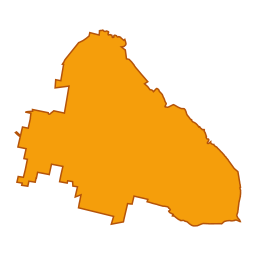 Ardud, Satu Mare, Romania
{"feature_id": "2599482B58089407628141", "entity_name": "Ardud", "entity_type": "district", "adm_level": 2, "iso_a3": "ROU", "parent_name": "Romania", "parent_adm1": "Satu Mare", "projection": "natural_earth1", "projection_center": [22.905, 47.656], "detail": "fine", "context": "isolated", "style": "filled", "palette": "amber", "viewbox_px": 256, "rotation_deg": 0, "n_neighbors": 0, "source": "geoboundaries", "source_scale": "gbopen_adm2", "svg_char_len": 5791}
<svg xmlns="http://www.w3.org/2000/svg" viewBox="0 0 256 256"><path d="M179.9,219.9L180.3,220.5L180.7,220.5L181.2,220.5L181.9,220.6L182.4,220.4L182.7,220.4L183.5,220.4L184.1,220.6L184.6,221.0L185.0,221.2L187.0,221.7L188.5,222.9L189.2,223.6L191.4,225.1L192.0,225.4L192.8,225.7L193.8,225.9L196.2,225.8L197.4,225.7L197.9,225.5L202.0,223.8L203.2,223.5L208.4,223.7L209.1,223.8L219.3,223.7L220.3,223.7L221.4,223.7L221.7,223.8L223.6,222.1L224.2,221.7L224.6,221.4L225.1,221.2L225.7,221.2L226.0,221.1L226.3,220.9L227.2,220.8L228.0,220.7L228.3,220.7L228.9,220.6L230.1,220.6L230.3,220.7L230.7,220.7L231.1,220.9L231.6,220.8L232.4,220.8L233.0,220.8L233.7,220.5L234.4,220.5L234.5,220.5L234.8,220.2L235.2,220.2L235.9,220.0L236.2,220.0L236.9,220.3L237.3,220.4L240.0,221.6L240.3,221.6L239.6,220.0L239.4,219.7L239.0,219.2L238.1,218.3L237.9,217.9L237.7,217.6L237.6,217.4L237.0,216.2L236.9,215.9L236.8,215.4L236.9,214.7L237.3,213.5L237.6,212.7L237.7,212.4L238.0,210.0L238.2,209.1L238.2,207.9L238.4,207.0L238.5,206.8L238.4,206.3L238.6,205.4L238.8,203.7L238.8,203.4L238.9,203.0L239.0,202.1L239.1,201.8L239.2,201.3L239.8,198.7L240.1,197.0L240.3,196.8L240.3,196.6L240.4,195.8L240.3,195.2L240.6,193.9L240.5,193.5L240.6,192.2L240.5,191.0L240.6,190.4L240.6,190.2L240.1,189.0L240.0,188.0L240.0,187.5L240.5,187.3L240.2,185.6L240.2,185.0L239.7,183.1L239.7,182.3L239.5,181.3L239.2,179.6L238.9,177.6L238.8,177.0L237.9,171.7L236.8,170.7L234.2,168.5L229.3,161.7L228.9,161.2L228.0,159.7L227.4,159.0L226.3,157.8L226.0,157.3L226.0,157.2L225.6,156.7L224.8,156.1L223.9,154.7L223.2,154.0L221.9,152.5L221.0,151.7L218.9,149.4L217.9,148.5L217.8,148.4L217.4,147.9L216.8,147.2L216.2,146.8L215.3,146.4L214.8,145.9L214.0,145.0L213.8,144.5L213.6,144.6L212.6,144.3L211.5,143.8L211.0,143.4L210.9,143.3L210.7,142.2L210.7,141.8L210.7,141.7L210.2,142.1L209.8,142.6L209.3,143.0L209.0,143.3L208.7,143.4L208.2,143.5L207.5,143.4L207.5,143.0L207.4,142.6L207.5,142.4L208.1,141.4L208.4,141.0L208.8,140.1L208.8,139.9L208.8,139.7L208.6,139.3L208.3,139.0L207.7,139.0L207.3,139.0L207.0,138.9L206.8,138.7L206.5,138.1L206.3,137.5L206.2,137.3L206.2,137.0L206.3,136.7L206.2,136.7L206.3,136.3L205.6,134.0L205.1,132.6L204.7,132.0L204.1,130.9L204.3,130.4L204.3,129.7L204.1,129.5L202.7,129.7L202.2,129.6L202.1,129.3L201.8,129.0L201.1,128.6L200.7,128.2L200.1,127.5L199.7,126.8L199.6,126.7L199.0,127.1L197.3,124.9L196.1,123.7L194.7,122.7L192.6,121.7L192.1,121.1L191.8,120.7L191.7,120.3L191.6,120.0L191.6,119.7L191.4,119.6L191.1,119.8L190.8,119.5L190.2,118.9L188.7,116.9L188.1,116.1L187.8,115.8L187.5,115.6L187.0,114.6L186.8,114.4L185.9,111.4L185.5,110.6L185.4,110.3L185.4,110.1L184.9,109.5L184.3,108.8L183.9,108.7L183.3,108.6L181.7,108.6L180.6,108.3L178.4,107.3L177.4,106.8L175.6,105.7L173.7,104.7L173.3,104.7L173.2,104.7L168.1,107.2L167.4,107.3L166.8,107.1L165.2,106.9L165.1,106.7L165.0,106.4L165.1,106.2L166.1,104.1L166.2,103.7L166.2,103.4L165.6,102.4L165.0,101.4L164.4,99.4L163.7,97.8L163.3,97.2L162.4,94.8L162.2,94.5L161.5,93.6L159.8,91.8L159.4,91.4L159.2,91.0L159.0,90.4L158.7,89.8L158.4,89.4L157.3,88.7L157.2,88.6L156.9,88.5L156.6,88.5L155.6,89.3L154.1,91.1L152.9,92.2L153.3,91.8L153.5,91.5L153.5,91.2L153.0,90.9L152.1,90.2L151.8,90.0L150.0,89.7L147.7,86.6L144.5,83.8L147.8,81.7L141.3,74.2L135.5,67.3L134.4,65.8L134.1,65.1L131.5,61.8L129.1,59.4L126.5,58.8L126.5,58.5L126.4,58.3L125.9,54.2L125.8,53.6L125.3,49.9L124.8,49.7L121.3,46.9L123.9,46.5L125.6,45.0L126.0,43.9L125.7,42.3L124.8,39.4L123.8,40.3L122.3,39.1L120.9,37.8L120.7,37.6L120.5,37.2L120.0,37.2L119.7,37.1L119.4,36.8L118.9,36.6L118.7,36.6L118.0,37.0L117.6,37.0L117.4,36.9L117.0,36.6L116.5,35.8L116.4,35.7L114.9,35.2L114.3,35.3L114.0,35.6L113.8,36.0L113.8,36.3L114.0,36.7L114.0,36.9L113.9,37.0L113.7,37.2L113.0,37.5L112.7,37.5L112.5,37.4L112.3,37.3L112.3,36.9L112.2,36.6L112.1,36.1L111.8,35.3L111.7,35.1L111.0,35.1L110.2,34.6L109.8,34.6L108.8,35.0L108.4,34.8L108.1,34.6L108.1,34.4L108.2,34.0L108.2,33.7L108.1,33.4L108.1,33.2L108.4,32.7L108.6,32.3L108.6,32.0L108.5,31.8L108.3,31.6L107.8,31.5L107.0,31.1L106.5,31.0L106.1,31.1L105.3,31.5L105.0,31.5L103.7,31.0L103.3,30.6L103.0,30.2L102.7,30.1L102.4,30.2L101.8,30.4L101.3,30.5L100.3,30.5L100.1,30.5L99.4,30.9L99.5,31.7L99.1,35.0L89.8,32.6L89.1,36.0L86.2,38.4L83.0,40.6L78.9,42.6L78.7,42.6L66.0,58.4L64.8,60.0L64.6,60.3L64.0,61.8L62.4,64.2L63.6,64.4L60.8,80.7L55.7,79.7L55.1,87.9L69.0,86.1L66.7,99.8L66.3,102.1L64.4,113.1L53.8,110.8L53.6,111.0L50.2,113.7L49.7,114.2L49.1,114.2L48.6,114.0L48.5,113.9L48.3,113.4L48.2,112.7L32.5,109.5L32.6,111.2L27.7,111.6L26.0,111.9L25.9,112.2L30.9,113.3L30.3,118.2L30.4,118.4L28.2,128.2L22.5,127.0L20.5,135.6L16.5,131.9L15.4,132.6L17.3,134.5L18.4,135.4L18.9,135.8L20.0,136.5L20.2,137.0L18.9,142.6L17.9,147.0L26.1,148.7L23.9,158.6L27.4,159.3L25.3,169.7L23.4,177.3L18.2,176.5L17.6,179.3L17.5,179.7L16.9,182.2L22.2,183.1L21.7,185.3L27.8,186.2L28.9,181.2L35.2,182.2L36.1,178.0L36.4,178.1L37.6,172.3L48.5,174.4L49.2,174.6L51.5,164.2L62.9,166.4L60.9,175.1L59.6,181.7L67.2,183.1L67.7,180.8L72.6,181.6L72.9,186.1L76.4,186.6L77.5,186.8L75.6,194.9L75.2,197.0L81.0,194.8L80.2,198.8L80.0,200.0L79.2,203.7L78.5,207.8L90.0,210.6L100.6,213.2L113.6,216.4L111.3,224.2L123.4,221.9L123.5,221.6L123.9,219.4L127.6,203.6L130.5,204.0L130.6,203.9L132.1,204.1L134.0,196.1L143.9,198.4L147.9,199.4L147.1,201.7L147.8,201.9L148.6,202.1L150.7,202.7L152.5,203.3L156.5,204.3L157.0,204.4L158.3,204.9L163.1,206.2L164.3,206.2L167.1,206.7L167.7,206.8L168.6,207.7L168.7,207.8L168.7,208.1L169.0,208.2L169.4,208.5L170.2,209.5L170.3,209.7L170.2,209.9L170.0,210.2L168.9,211.0L168.7,211.1L168.9,211.6L169.4,212.1L169.8,212.6L171.5,213.5L173.0,214.3L172.9,214.4L173.3,214.8L173.3,215.0L173.0,214.8L172.8,214.9L172.4,215.9L174.0,216.1L174.3,216.1L175.7,217.3L178.6,219.5L179.2,219.7L179.8,219.8L179.9,219.9Z" fill="#f59e0b" stroke="#b45309" stroke-width="1.5"/></svg>